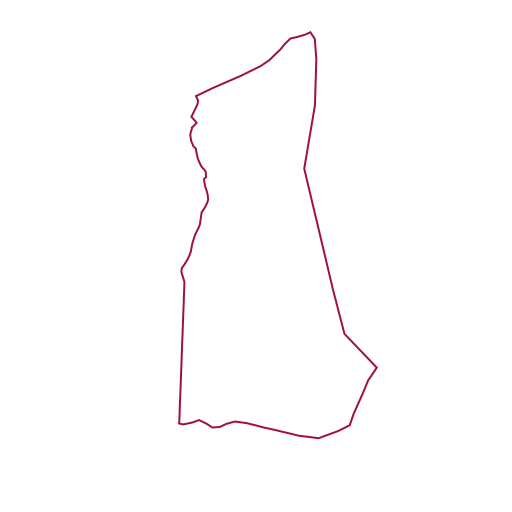 Derniere Riviere/Mardi Gras/Morne Caca Cochon, Dennery, Saint Lucia (Albers equal-area conic projection), rotated 160°
{"feature_id": "8701671B53380311765902", "entity_name": "Derniere Riviere/Mardi Gras/Morne Caca Cochon", "entity_type": "district", "adm_level": 2, "iso_a3": "LCA", "parent_name": "Saint Lucia", "parent_adm1": "Dennery", "projection": "albers", "projection_center": [-60.919, 13.963], "detail": "fine", "context": "isolated", "style": "outline", "palette": "rose", "viewbox_px": 512, "rotation_deg": 160, "n_neighbors": 0, "source": "geoboundaries", "source_scale": "gbopen_adm2", "svg_char_len": 2037}
<svg xmlns="http://www.w3.org/2000/svg" viewBox="0 0 512 512"><g transform="rotate(160 256 256)"><path d="M257.7,426.8L257.5,424.4L257.3,421.9L258.9,418.8L261.9,415.8L269.1,408.9L267.1,404.1L266.6,402.4L266.3,401.5L268.9,400.1L270.3,399.3L271.4,399.0L272.4,398.6L272.6,398.1L272.6,397.7L275.6,393.7L275.9,393.1L276.3,392.3L277.2,388.5L277.6,385.5L277.3,382.8L277.3,380.5L276.2,378.2L275.8,377.4L276.2,375.7L276.8,371.5L277.4,367.2L277.0,361.3L276.8,359.7L276.5,358.2L275.7,356.3L274.9,354.5L274.4,352.2L274.8,351.0L275.3,349.7L275.9,347.3L278.6,346.0L279.1,343.9L279.5,342.0L279.6,341.2L279.9,339.0L280.0,338.6L280.0,338.1L280.1,333.6L280.3,331.9L280.4,330.4L281.6,325.5L283.4,323.0L283.6,322.7L287.5,319.0L289.5,317.5L292.3,315.4L293.2,313.7L293.4,313.3L297.9,304.9L300.3,302.1L304.4,298.4L307.4,295.0L308.7,293.2L309.3,292.5L310.1,291.5L311.9,289.0L312.4,288.2L313.3,286.6L315.8,282.4L316.7,281.3L318.2,279.5L320.4,277.3L322.0,275.8L326.3,272.4L328.5,270.9L330.0,269.8L331.6,266.5L331.8,264.0L331.9,260.4L332.1,256.2L332.6,254.9L332.7,254.6L335.7,247.2L338.7,239.9L339.6,237.5L345.2,223.9L348.8,215.0L351.5,208.3L354.7,200.6L357.1,194.6L358.4,191.4L364.7,175.8L368.5,166.5L370.9,160.6L375.9,148.3L376.7,146.4L377.7,144.0L383.5,129.6L385.5,124.9L383.5,123.6L381.9,122.6L375.6,121.7L372.5,121.3L365.6,121.3L363.8,119.4L359.9,115.4L356.8,111.3L355.8,109.8L353.4,109.1L348.5,107.7L341.3,108.4L332.6,107.7L330.6,106.7L322.2,102.3L313.4,96.4L308.2,92.7L301.3,88.4L294.1,83.7L293.0,82.9L286.4,78.6L277.1,72.4L270.0,68.8L266.9,67.2L264.2,65.8L259.5,63.4L252.4,63.4L243.2,63.4L238.7,63.4L225.8,64.9L219.6,72.6L218.4,74.1L215.9,76.7L209.2,83.6L207.8,85.0L206.3,86.6L198.9,94.4L198.0,95.5L196.4,97.2L193.9,99.9L193.3,100.6L192.5,101.2L189.6,103.3L185.9,106.0L180.7,109.8L199.5,152.6L195.1,198.7L190.7,236.3L180.8,321.6L149.1,377.4L132.0,420.3L126.5,440.0L128.4,447.7L133.9,447.2L142.3,447.7L149.2,448.6L156.6,445.3L162.2,441.9L177.0,435.3L186.7,432.9L208.9,430.5L239.4,428.6L257.7,426.8Z" fill="none" stroke="#9f1239" stroke-width="2"/></g></svg>